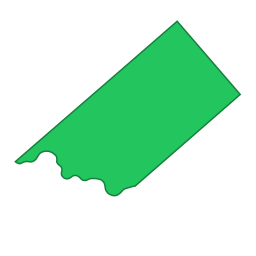 Richardson, Nebraska, United States of America (Robinson projection), rotated 139°
{"feature_id": "52423323B40677029402754", "entity_name": "Richardson", "entity_type": "district", "adm_level": 2, "iso_a3": "USA", "parent_name": "United States of America", "parent_adm1": "Nebraska", "projection": "robinson", "projection_center": [-95.464, 40.131], "detail": "fine", "context": "isolated", "style": "filled", "palette": "green", "viewbox_px": 256, "rotation_deg": 139, "n_neighbors": 0, "source": "geoboundaries", "source_scale": "gbopen_adm2", "svg_char_len": 1167}
<svg xmlns="http://www.w3.org/2000/svg" viewBox="0 0 256 256"><g transform="rotate(139 128 128)"><path d="M88.8,176.3L89.9,176.3L214.7,176.5L225.5,176.5L235.1,176.5L235.0,175.7L234.2,173.6L233.9,173.0L233.0,172.0L232.1,171.6L228.9,170.7L226.6,169.4L223.4,166.0L222.7,165.6L220.3,164.8L218.1,164.8L212.3,166.5L211.0,166.6L209.7,166.5L208.4,166.1L206.3,165.2L204.9,164.2L203.0,162.3L202.0,160.5L201.2,158.6L200.5,154.7L200.8,153.3L201.5,151.9L202.6,150.6L204.1,149.0L204.5,147.2L204.3,145.3L203.9,142.6L204.8,140.2L207.1,138.3L208.0,137.5L208.9,136.4L209.2,135.3L209.3,133.6L209.1,132.3L208.5,131.0L207.5,129.7L205.8,128.7L204.2,128.3L201.3,128.1L199.6,127.3L198.4,126.3L197.7,125.2L197.3,124.3L196.9,122.4L196.8,119.9L196.5,118.7L196.0,117.7L194.7,116.4L194.1,116.0L190.4,114.8L188.6,113.8L185.5,111.0L183.9,109.1L183.0,107.7L182.4,106.7L182.0,105.3L181.9,103.4L182.0,102.2L183.4,99.2L184.7,97.4L185.4,96.0L185.8,94.5L185.9,92.1L185.7,91.0L185.0,89.1L183.5,86.6L181.9,85.3L180.9,84.7L179.6,84.3L176.6,84.0L171.9,84.5L170.0,84.1L162.3,80.6L160.7,79.5L21.3,79.7L20.9,176.3L36.9,176.3L60.0,176.3L88.8,176.3Z" fill="#22c55e" stroke="#15803d" stroke-width="1.5"/></g></svg>